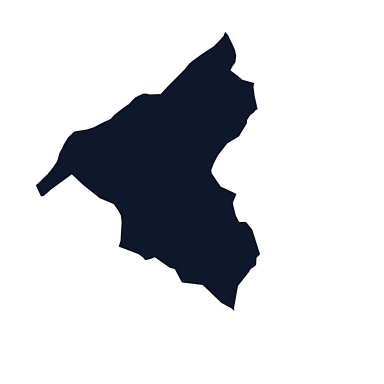 outline of Sandamu, Katsina, Nigeria, rotated 143°
{"feature_id": "59680162B54666922464494", "entity_name": "Sandamu", "entity_type": "district", "adm_level": 2, "iso_a3": "NGA", "parent_name": "Nigeria", "parent_adm1": "Katsina", "projection": "robinson", "projection_center": [8.364, 12.927], "detail": "fine", "context": "isolated", "style": "filled", "palette": "ink", "viewbox_px": 384, "rotation_deg": 143, "n_neighbors": 0, "source": "geoboundaries", "source_scale": "gbopen_adm2", "svg_char_len": 1613}
<svg xmlns="http://www.w3.org/2000/svg" viewBox="0 0 384 384"><g transform="rotate(143 192 192)"><path d="M69.8,298.7L72.5,296.9L80.7,295.4L87.0,294.5L102.2,295.5L113.1,295.6L116.6,295.5L124.0,293.6L147.6,290.2L158.7,288.2L159.3,289.0L167.4,294.7L170.3,298.0L172.6,299.4L180.4,300.9L181.2,300.8L183.8,300.5L186.9,299.9L189.5,299.4L191.5,299.6L193.3,299.8L195.6,299.7L202.0,299.7L207.7,299.6L211.5,298.8L212.2,298.6L215.4,298.9L218.1,299.7L223.9,300.7L232.1,302.2L238.2,304.3L249.8,310.4L258.0,309.4L265.6,306.4L269.4,304.2L272.0,303.2L274.6,301.8L279.4,298.0L282.0,296.6L290.3,293.9L296.3,292.5L309.0,290.8L312.0,290.6L314.4,279.8L312.4,278.8L303.6,279.6L276.7,279.2L274.1,264.0L268.7,242.8L261.0,229.6L261.4,220.7L262.2,215.8L265.9,209.6L278.0,195.4L282.4,192.3L271.3,174.7L269.7,168.9L269.7,166.2L267.2,165.1L264.5,164.0L262.7,163.5L260.4,163.0L254.7,145.3L251.3,141.0L253.7,126.1L238.7,111.7L234.5,85.8L229.7,75.4L229.4,73.6L228.9,74.5L212.1,90.1L195.8,94.3L191.7,95.9L185.2,95.8L180.5,101.3L175.7,102.0L167.3,125.7L167.6,134.8L167.7,135.3L168.8,136.1L172.8,139.0L173.3,139.1L173.1,139.5L171.9,147.2L168.3,155.6L166.4,159.4L158.7,164.0L159.5,165.6L162.9,172.1L164.8,175.5L166.6,178.8L165.8,195.1L164.0,198.4L157.8,202.4L149.4,206.4L134.6,210.4L122.5,209.0L121.1,208.9L119.0,209.8L107.4,214.4L105.2,217.0L99.0,219.2L94.7,219.0L92.4,219.8L90.2,219.5L89.4,221.4L86.7,227.3L84.8,231.5L80.7,238.5L79.9,239.9L77.7,241.6L84.9,250.9L86.4,257.5L87.4,260.9L89.1,266.5L85.8,268.1L79.4,270.3L77.7,272.3L75.2,274.8L72.8,280.1L71.2,287.4L69.6,295.5L69.8,298.7Z" fill="#0f172a" stroke="#020617" stroke-width="1.5"/></g></svg>